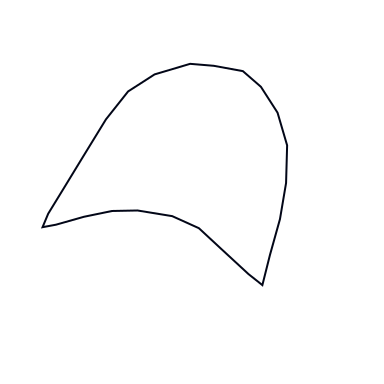 Nioki, Bandundu, Democratic Republic of the Congo, rotated 221°
{"feature_id": "63176286B71096802464930", "entity_name": "Nioki", "entity_type": "district", "adm_level": 2, "iso_a3": "COD", "parent_name": "Democratic Republic of the Congo", "parent_adm1": "Bandundu", "projection": "equal_earth", "projection_center": [17.684, -2.697], "detail": "fine", "context": "isolated", "style": "outline", "palette": "ink", "viewbox_px": 384, "rotation_deg": 221, "n_neighbors": 0, "source": "geoboundaries", "source_scale": "gbopen_adm2", "svg_char_len": 471}
<svg xmlns="http://www.w3.org/2000/svg" viewBox="0 0 384 384"><g transform="rotate(221 192 192)"><path d="M281.7,67.4L273.2,78.1L257.3,102.4L239.9,125.2L221.0,142.3L191.1,160.8L163.1,169.2L132.1,168.2L95.4,167.1L77.8,167.9L91.9,195.7L107.8,229.2L126.9,260.5L150.8,289.6L179.5,308.0L209.0,316.6L232.9,316.6L258.4,301.5L277.5,287.5L297.4,256.2L306.2,226.0L304.6,190.4L297.4,147.2L291.0,109.4L286.3,81.3L281.7,67.4Z" fill="none" stroke="#020617" stroke-width="2"/></g></svg>